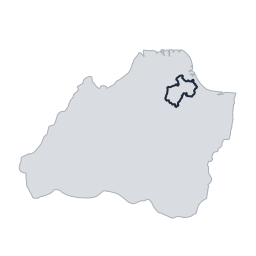 where Edo sits in Nigeria, rotated 187°
{"feature_id": "NGA-2861", "entity_name": "Edo", "entity_type": "State", "adm_level": 1, "iso_a3": "NGA", "parent_name": "Nigeria", "parent_adm1": "", "projection": "mercator", "projection_center": [5.875, 6.657], "detail": "fine", "context": "in_parent", "style": "outline", "palette": "slate", "viewbox_px": 256, "rotation_deg": 187, "n_neighbors": 0, "source": "natural_earth", "source_scale": "10m", "svg_char_len": 5705}
<svg xmlns="http://www.w3.org/2000/svg" viewBox="0 0 256 256"><g transform="rotate(187 128 128)"><path d="M213.5,46.9L221.4,58.1L223.1,66.3L223.7,70.4L225.0,70.8L227.5,71.1L229.3,71.9L230.4,73.2L231.0,74.5L231.2,75.2L230.7,80.2L230.0,81.9L230.4,84.4L230.3,85.4L230.0,86.1L228.9,86.9L227.4,87.7L223.8,90.1L222.8,90.4L221.3,90.5L220.0,91.1L218.5,92.3L215.1,97.0L212.3,101.7L210.2,109.3L207.7,111.7L207.3,113.8L206.9,118.6L206.5,120.0L206.1,120.4L203.4,121.3L201.8,122.4L200.9,124.6L199.7,131.9L199.3,133.1L198.4,134.3L197.0,135.7L195.8,136.4L192.7,136.9L189.8,142.4L189.8,143.4L188.5,148.4L186.2,152.1L186.0,154.5L183.2,157.8L181.8,160.0L183.3,162.4L183.4,162.8L178.5,166.7L178.2,167.3L178.0,170.0L177.6,170.8L176.7,171.8L175.4,172.9L174.1,173.7L172.6,174.3L171.1,174.6L170.3,174.2L169.9,173.4L169.1,170.0L168.6,169.3L167.7,168.7L164.0,165.0L161.7,163.7L161.2,163.8L160.8,164.1L160.2,166.0L159.5,166.7L158.4,166.9L156.3,166.9L154.8,166.7L154.4,166.3L153.7,164.8L149.0,168.2L147.4,169.0L145.3,172.9L142.4,174.9L140.4,176.6L135.0,182.0L133.9,183.6L132.8,186.0L130.5,196.1L126.8,202.4L126.3,203.8L126.1,203.7L125.6,204.3L124.1,203.9L123.5,202.8L122.6,202.6L121.0,200.8L120.7,201.1L122.3,205.5L121.7,207.2L117.1,207.2L113.2,207.8L110.5,207.8L109.1,207.1L108.5,205.5L108.3,205.7L108.2,206.6L107.3,207.2L104.3,207.4L102.9,206.3L101.9,205.0L100.7,204.4L100.9,205.0L102.2,206.2L102.0,207.9L99.6,210.0L98.0,210.1L97.1,209.2L96.6,207.8L96.3,205.7L95.7,204.3L95.4,204.3L95.8,206.6L95.8,208.7L97.0,210.4L95.2,210.9L93.0,211.0L92.8,210.3L92.5,209.0L92.1,208.6L91.7,210.9L87.3,211.6L86.7,211.5L86.5,211.1L86.9,210.4L86.8,209.4L85.8,210.2L85.6,211.8L85.1,212.1L83.4,211.8L81.6,211.0L78.6,209.0L75.0,205.6L74.4,204.2L73.3,202.3L71.4,197.3L71.8,197.1L72.6,197.3L73.0,196.9L71.5,196.5L71.2,196.1L71.1,195.0L71.2,193.7L73.5,193.0L74.0,192.1L74.3,191.3L71.5,192.6L68.8,191.1L68.3,190.3L68.5,189.6L71.6,189.6L72.7,188.9L72.0,188.7L70.9,188.7L70.4,188.3L70.5,187.2L70.1,187.5L69.6,188.4L67.8,189.1L66.8,188.4L66.7,186.9L66.4,186.2L65.5,185.7L62.4,181.7L58.5,178.4L55.0,176.1L49.7,175.0L38.7,175.1L38.0,174.7L38.7,174.2L39.7,173.9L43.2,172.0L42.6,171.8L39.0,172.9L37.7,173.0L36.1,175.3L25.2,175.8L25.2,174.7L25.7,171.8L26.4,169.8L25.6,167.3L25.4,165.1L25.9,164.4L26.1,163.6L25.9,157.9L26.5,157.1L26.5,156.5L25.4,154.0L25.4,152.2L25.2,150.4L24.8,149.6L25.3,142.6L25.1,140.9L25.5,139.6L25.7,136.6L25.6,133.7L26.4,129.0L31.0,128.4L32.2,126.6L32.8,124.3L32.6,122.0L34.1,120.0L36.0,118.2L35.9,116.2L36.4,115.6L37.3,115.2L38.5,115.0L39.9,114.0L40.7,112.3L41.4,109.5L40.2,107.6L40.2,107.2L40.7,106.2L41.4,105.2L42.0,104.8L43.4,105.1L43.8,104.7L44.7,101.7L44.6,100.9L43.3,98.9L42.6,93.4L42.3,92.7L41.3,91.7L38.7,87.8L38.7,86.0L39.8,83.6L40.5,82.5L41.5,81.9L41.7,81.3L41.4,80.7L40.9,80.2L40.8,79.1L41.3,77.7L41.2,76.1L41.4,67.8L43.6,66.1L46.6,63.4L48.2,60.6L49.0,58.5L50.1,51.3L51.7,50.6L54.8,48.0L59.0,46.4L61.8,46.0L66.6,46.3L69.0,46.0L71.1,44.6L72.0,44.2L73.3,43.9L85.3,47.7L86.4,47.5L87.3,47.8L88.8,48.7L92.3,52.2L96.0,57.5L97.1,58.7L98.3,59.3L99.5,59.5L100.4,59.4L101.2,58.9L102.4,57.9L104.1,57.5L105.6,57.6L113.0,53.5L113.7,53.4L118.3,54.3L124.5,58.4L129.6,61.1L133.2,62.0L137.4,62.6L144.6,62.8L150.0,57.1L152.0,55.8L154.4,54.7L159.4,53.6L167.8,52.9L175.6,53.2L180.5,54.2L185.6,56.0L187.8,57.8L191.3,58.1L193.8,57.8L194.6,56.0L197.1,53.7L200.8,51.5L203.9,50.0L206.4,49.3L208.6,47.5L210.4,47.0L213.5,46.9ZM104.6,209.6L102.9,210.1L101.8,210.0L103.3,207.7L104.1,208.2L105.0,208.4L104.6,209.6Z" fill="#d9dde1" stroke="#a8b0b8" stroke-width="1"/><path d="M93.8,172.9L93.3,173.5L92.8,173.7L92.2,173.6L91.5,173.6L90.5,174.0L88.4,175.3L86.7,176.0L86.3,176.3L85.6,177.2L85.1,177.2L84.7,176.6L84.3,176.2L83.7,176.1L83.3,176.5L83.1,177.0L83.0,177.6L83.6,178.6L83.6,179.1L83.8,179.8L84.4,180.7L85.4,181.7L85.7,181.7L85.9,181.9L85.9,182.6L85.7,183.3L85.0,184.1L84.1,184.8L83.4,185.7L82.5,186.3L80.8,186.7L80.5,186.7L80.2,186.6L80.2,186.3L80.2,186.1L80.1,185.9L79.9,185.7L80.2,184.9L80.3,184.3L79.8,183.9L79.2,183.6L78.3,182.6L76.3,181.5L75.2,181.5L74.3,182.1L74.1,182.3L74.0,182.5L73.8,182.4L73.5,182.3L72.8,181.8L72.2,181.8L71.7,181.9L70.5,181.8L70.4,182.2L70.5,182.8L69.5,183.7L69.2,183.8L68.8,183.5L68.7,182.6L68.8,181.5L68.0,180.5L66.8,180.0L66.8,179.4L66.5,178.9L66.3,178.8L66.1,178.7L65.9,178.7L65.7,178.6L65.7,178.4L65.3,178.0L64.9,177.6L64.6,177.4L64.5,177.2L64.7,176.8L64.8,176.3L65.0,175.9L65.4,175.8L65.8,175.5L66.1,175.1L66.2,174.6L66.5,174.1L66.9,173.2L66.6,172.3L66.3,171.8L66.2,171.8L66.1,171.6L66.1,171.1L66.1,170.8L66.2,170.3L66.4,169.9L66.9,169.2L67.5,168.7L67.8,168.2L68.1,167.8L68.1,167.4L68.3,167.1L68.5,167.0L73.4,167.0L74.2,167.6L73.9,168.1L73.7,168.6L74.2,169.7L74.5,169.6L75.4,169.0L75.9,169.0L76.1,169.2L76.7,169.3L77.0,169.2L77.4,168.7L77.5,168.4L77.7,167.3L77.8,166.9L78.2,166.8L78.2,166.5L78.3,166.4L78.5,166.2L78.4,166.0L78.1,165.5L78.2,164.9L78.4,164.2L78.9,163.8L79.1,163.5L79.2,163.0L80.0,161.2L79.9,161.0L80.0,160.8L80.3,160.4L80.8,160.0L81.0,159.8L81.3,159.6L81.4,159.0L81.4,158.6L81.3,158.4L81.2,157.8L81.4,157.5L81.3,157.2L80.8,156.8L81.0,156.2L81.7,155.9L81.9,155.8L82.3,155.3L82.6,154.8L82.9,154.9L83.2,154.9L83.5,155.1L83.5,155.4L84.0,155.6L84.1,156.0L84.0,156.8L84.4,157.3L85.2,157.3L86.0,157.0L86.3,156.8L86.7,156.7L86.8,157.0L87.1,157.2L87.7,157.6L88.2,158.2L88.6,158.2L89.2,158.0L89.6,158.1L90.0,158.5L90.4,159.4L90.6,159.8L90.7,160.1L90.9,160.4L91.8,160.3L92.5,160.0L93.0,159.9L93.2,160.1L93.4,160.4L93.5,160.7L93.7,160.8L94.1,160.9L94.2,161.1L94.5,161.7L94.5,161.8L94.5,162.2L94.5,162.5L94.2,163.1L94.2,164.0L94.0,164.5L94.0,165.4L94.0,165.6L93.5,166.5L93.3,167.2L93.3,167.5L93.4,168.4L93.3,170.6L93.4,171.4L93.8,172.4L93.8,172.6L93.8,172.9Z" fill="none" stroke="#1e293b" stroke-width="2"/></g></svg>